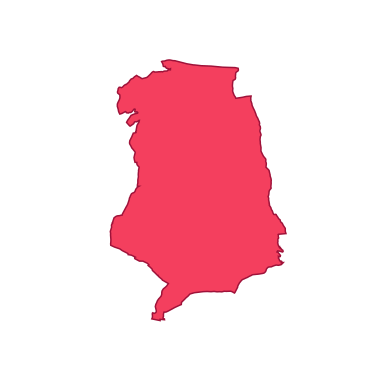 outline of Amarasti, Vâlcea, Romania, rotated 208°
{"feature_id": "2599482B2938164526483", "entity_name": "Amarasti", "entity_type": "district", "adm_level": 2, "iso_a3": "ROU", "parent_name": "Romania", "parent_adm1": "Vâlcea", "projection": "orthographic", "projection_center": [24.148, 44.766], "detail": "fine", "context": "isolated", "style": "filled", "palette": "rose", "viewbox_px": 384, "rotation_deg": 208, "n_neighbors": 0, "source": "geoboundaries", "source_scale": "gbopen_adm2", "svg_char_len": 5987}
<svg xmlns="http://www.w3.org/2000/svg" viewBox="0 0 384 384"><g transform="rotate(208 192 192)"><path d="M293.5,268.7L295.7,268.9L296.5,267.3L296.8,266.9L297.5,264.6L298.8,263.1L299.3,260.8L299.3,259.2L299.5,258.9L300.6,255.9L301.2,255.7L301.3,255.5L302.1,253.9L302.2,253.4L302.6,251.9L303.3,251.0L304.8,250.7L305.5,250.2L305.7,248.7L305.6,248.2L305.1,247.1L304.9,245.7L304.5,244.9L303.9,244.4L301.7,244.0L301.2,243.7L300.1,241.8L299.8,241.1L299.5,239.5L299.4,236.3L299.2,234.6L298.1,232.5L296.1,230.5L294.6,228.6L293.5,227.7L292.3,226.9L290.8,228.4L288.6,231.7L288.2,231.8L287.1,231.2L285.3,231.8L284.4,233.0L283.4,233.4L282.7,234.8L282.1,237.9L281.8,238.2L281.2,238.4L280.9,238.2L280.4,236.2L280.1,235.9L279.6,236.0L278.4,236.9L277.6,236.9L277.2,236.7L277.0,236.3L277.1,235.9L279.1,234.3L281.1,232.0L281.4,231.4L281.8,231.0L282.1,227.4L282.4,225.8L282.5,224.0L282.5,222.8L281.7,222.4L278.1,221.1L277.6,221.1L277.3,221.5L275.6,224.9L275.6,226.9L274.6,227.7L273.8,228.0L273.1,228.9L272.4,230.4L272.1,230.6L271.6,228.7L271.8,226.1L271.8,225.0L270.5,220.8L269.9,220.0L270.2,219.4L270.2,219.1L270.1,218.9L269.4,218.2L270.4,217.2L271.5,216.4L271.3,214.9L271.3,214.0L271.1,213.2L271.0,208.0L270.3,206.2L269.7,205.3L266.9,203.5L266.0,202.7L265.1,202.4L261.4,200.8L260.6,200.1L260.3,198.6L259.4,195.2L258.1,193.5L256.2,191.4L254.6,192.2L253.8,190.8L252.8,190.0L250.3,189.1L249.4,186.0L248.9,185.2L248.3,183.6L247.6,182.1L246.5,180.3L245.5,177.3L244.0,174.4L243.7,173.1L243.0,171.5L241.5,172.2L242.4,170.8L242.8,168.9L242.9,167.9L242.6,165.6L242.7,165.1L243.2,163.9L243.8,163.4L244.6,162.1L244.6,159.6L244.4,158.9L244.4,157.4L243.8,155.4L243.1,151.3L243.0,149.9L243.1,148.1L243.1,139.8L242.9,138.6L243.8,138.2L244.5,137.4L246.8,135.8L247.6,134.9L248.3,133.5L248.7,132.6L248.2,129.6L247.9,128.3L248.0,127.8L247.9,127.1L247.5,127.1L247.6,126.2L247.6,125.0L246.6,123.4L246.4,123.0L245.6,118.8L244.2,116.9L243.8,115.9L241.2,111.8L240.2,109.7L239.5,108.0L238.7,106.8L234.6,107.0L229.1,107.9L226.0,107.5L219.7,107.6L219.0,106.7L215.8,107.8L211.8,107.9L211.6,107.9L211.9,107.5L211.8,107.0L211.2,106.3L206.6,106.3L206.0,106.3L202.9,107.9L197.9,108.1L195.9,107.5L195.9,107.3L196.3,107.0L196.3,106.5L193.7,106.0L191.1,105.2L190.7,104.9L190.3,104.3L188.7,103.7L187.9,103.6L183.0,102.1L182.8,102.4L181.7,101.7L177.3,100.7L176.8,100.3L169.9,100.1L170.2,97.2L170.8,95.4L171.8,93.1L171.9,92.1L172.0,90.6L171.6,89.3L170.7,87.5L170.4,85.5L170.9,83.1L171.2,82.2L171.5,79.8L171.2,77.2L171.2,75.9L170.6,73.6L168.0,70.7L167.3,69.4L167.4,68.4L168.3,67.2L168.6,66.9L169.9,67.0L170.1,66.5L169.8,65.6L168.9,64.3L168.1,62.8L167.9,61.1L159.8,63.5L160.4,64.6L156.3,66.3L156.8,67.0L158.1,66.7L158.6,67.6L158.8,68.8L159.8,70.6L160.4,72.7L158.6,73.8L157.2,75.6L152.9,82.1L149.7,86.3L148.6,87.6L149.4,89.4L149.3,90.3L148.0,94.3L147.9,95.0L146.6,98.3L146.0,100.8L145.4,101.5L142.6,104.2L135.3,109.3L131.9,111.3L128.4,112.9L125.8,114.6L123.1,115.6L120.4,117.2L119.4,117.5L118.1,118.4L117.1,119.4L115.0,120.4L111.4,122.5L109.8,122.8L107.1,122.7L106.9,123.3L107.0,129.3L107.4,130.2L107.5,132.1L107.4,133.1L107.5,133.8L107.4,134.1L106.7,137.6L105.9,139.0L105.3,139.6L104.3,141.0L102.9,142.7L101.8,144.5L100.8,145.7L99.7,147.4L94.5,150.9L91.6,153.1L90.6,154.0L90.2,154.5L89.9,155.4L89.7,156.1L89.7,157.1L90.1,158.9L89.8,160.3L89.4,161.4L88.3,162.3L86.9,163.1L85.2,165.2L83.4,167.0L81.2,167.9L79.7,169.2L79.1,169.8L78.4,172.0L78.3,172.5L80.0,171.4L80.2,171.8L80.7,172.5L80.5,172.8L81.1,172.8L82.0,172.4L82.4,172.5L83.7,173.7L84.7,174.2L85.0,175.0L84.7,175.4L85.4,175.8L83.8,176.5L84.1,177.5L87.1,178.8L87.9,179.2L88.7,178.9L88.9,179.6L88.8,180.1L87.3,180.8L85.3,181.2L84.1,181.4L83.7,181.9L83.7,182.4L84.5,183.2L84.9,183.3L85.6,183.1L86.3,183.7L87.1,183.6L87.7,183.8L87.6,184.2L87.8,184.4L88.3,184.0L88.5,183.9L89.1,184.3L89.2,184.9L89.6,184.7L89.9,184.8L91.6,186.2L92.2,187.2L92.5,187.3L92.9,188.4L92.9,188.7L93.8,190.1L94.1,191.0L93.9,191.9L94.0,192.3L94.5,192.6L95.0,193.4L95.5,194.5L96.0,194.9L95.9,195.2L89.5,199.4L91.1,201.0L92.6,203.7L95.6,205.3L96.9,206.2L97.6,206.8L98.8,207.0L99.4,207.2L100.1,207.6L101.2,208.8L102.9,209.1L105.4,210.6L106.3,210.9L107.1,211.6L107.8,211.5L108.5,210.9L109.3,210.6L110.5,211.4L112.2,213.0L113.5,213.7L114.5,214.6L115.0,215.2L117.6,216.7L117.9,217.7L118.4,218.0L119.0,219.0L120.7,221.1L121.3,222.4L122.7,223.8L122.8,225.1L123.4,226.8L123.9,227.9L124.3,229.0L124.3,230.7L123.9,232.1L124.0,232.6L124.8,233.6L126.3,237.1L126.9,238.0L127.5,239.5L128.6,241.0L130.7,243.0L130.9,243.6L131.9,244.7L134.1,247.2L135.4,247.8L136.7,248.0L137.4,248.4L138.2,248.5L138.6,249.3L139.6,251.8L140.3,252.7L141.3,253.6L141.9,255.1L142.5,255.8L145.6,257.1L147.0,258.0L150.2,260.4L150.6,261.0L151.9,263.6L154.4,266.8L155.1,268.1L156.5,270.1L157.7,273.0L157.7,274.4L158.1,275.2L160.6,277.5L160.9,278.1L161.3,279.9L161.5,280.5L162.5,281.9L164.0,282.8L164.2,283.2L164.4,284.2L165.5,285.6L166.8,286.5L168.7,288.1L170.1,288.9L171.2,289.7L172.1,290.7L175.0,293.2L177.5,295.0L179.6,296.7L180.8,298.3L183.2,300.5L183.4,301.2L184.3,302.6L184.7,304.1L184.9,304.5L188.9,301.9L191.8,299.4L197.3,295.3L198.3,296.2L199.4,296.7L200.6,297.5L203.1,299.7L203.7,300.6L204.6,302.7L205.7,304.0L206.4,305.2L207.5,307.8L208.1,309.7L208.0,310.1L207.2,311.0L207.0,311.5L206.8,312.0L207.1,313.3L207.9,314.4L209.3,317.7L209.2,318.4L209.1,318.9L208.7,319.5L208.2,320.6L208.3,321.5L209.3,322.9L212.3,322.1L223.5,316.6L234.3,312.1L243.0,307.9L249.1,305.5L250.1,305.0L256.7,302.8L268.7,299.9L270.4,299.1L273.2,298.3L274.3,297.8L276.0,296.6L277.8,294.7L279.7,293.5L280.1,292.9L278.0,291.5L276.3,289.5L275.2,289.7L274.6,290.3L273.3,289.5L272.5,289.3L271.2,289.7L269.9,289.8L269.6,289.9L268.9,290.8L268.4,289.7L268.8,289.4L269.3,289.4L270.4,288.6L270.5,288.3L270.4,287.9L270.9,287.1L273.3,285.7L274.5,284.2L275.9,283.8L276.3,283.3L277.6,282.7L279.4,281.4L279.9,281.2L281.1,280.4L282.4,280.4L282.8,280.1L283.5,278.8L284.2,276.0L285.4,272.4L286.3,271.3L289.3,268.6L292.4,268.8L293.5,268.7Z" fill="#f43f5e" stroke="#9f1239" stroke-width="1.5"/></g></svg>